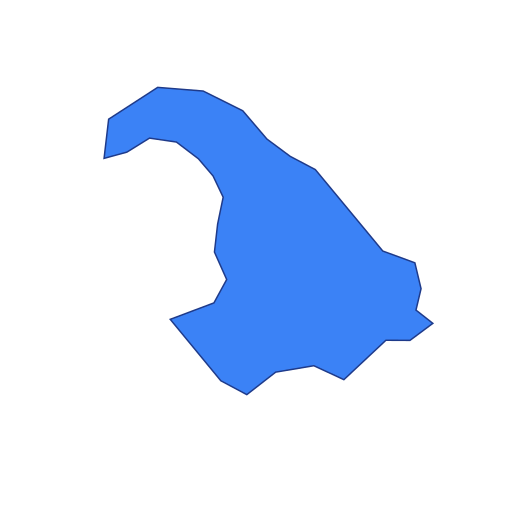 map outline of Tbilisi (orthographic projection), rotated 203°
{"feature_id": "GEO-3036", "entity_name": "Tbilisi", "entity_type": "Independent City", "adm_level": 1, "iso_a3": "GEO", "parent_name": "Georgia", "parent_adm1": "", "projection": "orthographic", "projection_center": [44.846, 41.71], "detail": "fine", "context": "isolated", "style": "filled", "palette": "blue", "viewbox_px": 512, "rotation_deg": 203, "n_neighbors": 0, "source": "natural_earth", "source_scale": "10m", "svg_char_len": 551}
<svg xmlns="http://www.w3.org/2000/svg" viewBox="0 0 512 512"><g transform="rotate(203 256 256)"><path d="M210.3,124.8L239.6,127.4L310.2,164.2L276.4,196.4L273.8,222.9L295.8,243.4L303.8,270.4L309.2,297.3L326.8,312.9L347.0,323.0L373.8,329.8L400.1,322.9L415.4,301.2L434.0,286.5L445.1,324.4L412.4,372.8L369.1,387.2L324.9,384.5L291.6,367.9L263.5,361.1L235.1,358.7L141.2,310.1L107.1,311.8L91.3,290.4L87.6,268.7L66.9,263.1L81.3,238.5L103.5,229.2L126.8,176.5L159.9,177.6L192.5,156.8L210.3,124.8Z" fill="#3b82f6" stroke="#1e3a8a" stroke-width="1.5"/></g></svg>